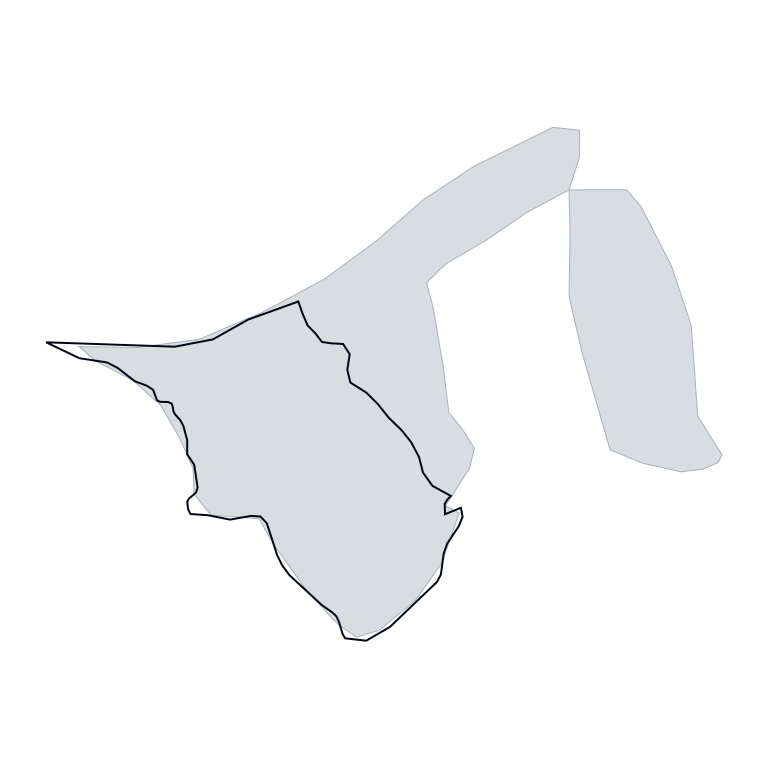 Belait highlighted on a map of Brunei
{"feature_id": "BRN-1181", "entity_name": "Belait", "entity_type": "District", "adm_level": 1, "iso_a3": "BRN", "parent_name": "Brunei", "parent_adm1": "", "projection": "orthographic", "projection_center": [114.479, 4.349], "detail": "fine", "context": "in_parent", "style": "outline", "palette": "ink", "viewbox_px": 768, "rotation_deg": 0, "n_neighbors": 0, "source": "natural_earth", "source_scale": "10m", "svg_char_len": 1770}
<svg xmlns="http://www.w3.org/2000/svg" viewBox="0 0 768 768"><path d="M569.0,189.9L527.3,212.1L486.6,239.9L445.7,263.9L426.6,282.7L433.4,309.0L443.2,366.9L448.8,412.4L463.1,430.3L474.3,448.5L469.6,468.2L445.4,505.9L459.2,513.2L441.7,563.1L415.7,600.0L379.6,630.0L356.3,637.0L337.7,624.2L307.3,591.3L274.2,545.3L258.7,518.6L211.0,515.1L194.0,494.0L193.0,468.2L179.5,437.8L160.7,405.3L132.6,380.2L95.1,360.7L79.2,346.6L137.2,347.5L199.0,339.3L262.7,312.1L323.9,279.4L375.3,241.8L423.6,199.5L474.3,166.1L553.0,127.3L579.6,130.3L579.3,157.8L569.0,189.9ZM626.6,189.8L641.1,206.7L671.4,265.9L691.2,325.4L697.7,416.1L721.9,454.6L718.1,462.5L703.5,469.0L681.2,471.8L642.5,463.2L610.1,449.8L581.8,351.7L569.1,296.2L570.1,230.0L569.0,189.9L626.6,189.8Z" fill="#d9dde1" stroke="#a8b0b8" stroke-width="1"/><path d="M230.1,519.6L207.8,515.2L190.5,514.0L188.1,509.3L187.2,501.7L188.9,498.7L196.0,492.5L197.6,487.6L194.2,464.8L187.2,454.3L187.2,440.1L183.3,425.8L180.3,420.2L174.9,414.2L173.3,410.9L172.8,406.9L171.6,403.5L167.9,402.0L160.1,401.8L157.0,400.3L153.1,389.8L147.1,385.9L134.6,381.1L117.9,368.1L107.2,362.5L79.3,358.2L46.1,342.3L174.8,346.7L212.9,339.4L248.1,319.6L298.3,301.5L302.6,313.8L307.6,325.4L315.4,333.4L322.0,342.0L331.4,343.3L343.1,344.0L349.7,354.3L347.3,369.9L350.4,382.6L366.2,392.5L377.9,404.1L388.9,417.9L401.3,429.9L411.1,442.1L419.0,457.0L423.0,472.6L432.5,485.9L449.5,495.2L450.7,495.9L450.9,496.0L447.7,499.1L444.7,503.8L445.0,514.2L460.9,507.8L462.6,516.7L458.9,526.0L447.3,543.4L443.7,553.4L440.9,574.5L437.0,581.9L390.2,626.7L366.2,640.7L345.2,638.3L342.7,634.3L338.9,621.6L336.4,616.4L332.4,612.5L321.6,604.9L289.6,575.3L282.3,565.5L277.3,555.5L266.8,523.2L260.4,516.5L250.9,515.9L230.1,519.6Z" fill="none" stroke="#020617" stroke-width="2"/></svg>